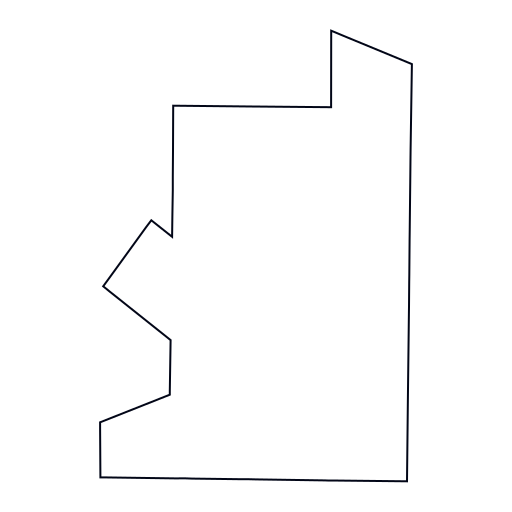 outline of O'Higgins, Chaco, Argentina
{"feature_id": "61730980B80807938720133", "entity_name": "O'Higgins", "entity_type": "district", "adm_level": 2, "iso_a3": "ARG", "parent_name": "Argentina", "parent_adm1": "Chaco", "projection": "robinson", "projection_center": [-60.713, -27.221], "detail": "fine", "context": "isolated", "style": "outline", "palette": "ink", "viewbox_px": 512, "rotation_deg": 0, "n_neighbors": 0, "source": "geoboundaries", "source_scale": "gbopen_adm2", "svg_char_len": 721}
<svg xmlns="http://www.w3.org/2000/svg" viewBox="0 0 512 512"><path d="M411.9,64.1L350.9,38.9L342.7,35.5L335.3,32.4L331.2,30.7L331.1,107.2L252.6,106.5L252.1,106.5L173.2,105.7L173.0,151.0L172.8,176.8L172.8,185.7L172.8,190.4L172.4,214.2L172.2,229.3L172.1,236.8L151.3,220.3L146.3,226.9L112.9,273.0L111.3,275.2L103.2,286.3L109.6,291.5L170.6,340.1L169.8,391.0L169.8,394.7L100.1,422.3L100.1,428.3L100.4,477.4L104.9,477.4L176.2,478.4L184.2,478.3L192.3,478.6L240.1,479.2L248.1,479.2L256.1,479.4L324.9,480.4L327.5,480.5L331.9,480.5L407.0,481.3L407.9,397.8L408.9,314.1L409.0,307.0L409.2,282.3L409.3,275.4L409.6,239.4L409.7,231.9L410.3,177.0L410.5,157.3L410.6,149.0L411.9,64.1Z" fill="none" stroke="#020617" stroke-width="2"/></svg>